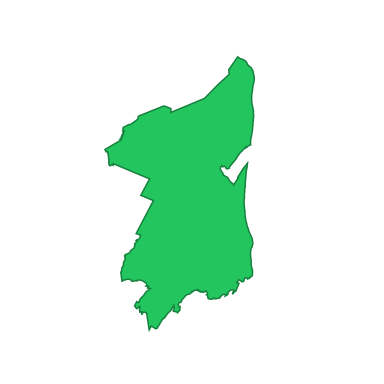 Sakas pag., Pavilostas, Latvia, rotated 123°
{"feature_id": "27541924B80625088425649", "entity_name": "Sakas pag.", "entity_type": "district", "adm_level": 2, "iso_a3": "LVA", "parent_name": "Latvia", "parent_adm1": "Pavilostas", "projection": "natural_earth1", "projection_center": [21.246, 56.856], "detail": "fine", "context": "isolated", "style": "filled", "palette": "green", "viewbox_px": 384, "rotation_deg": 123, "n_neighbors": 0, "source": "geoboundaries", "source_scale": "gbopen_adm2", "svg_char_len": 5924}
<svg xmlns="http://www.w3.org/2000/svg" viewBox="0 0 384 384"><g transform="rotate(123 192 192)"><path d="M331.0,152.8L326.6,153.1L326.4,149.9L326.6,148.1L325.2,147.0L315.4,147.4L314.3,147.3L313.3,146.7L310.7,146.3L307.7,146.4L302.5,145.2L297.0,145.5L299.4,143.5L301.4,143.2L301.9,143.0L302.1,142.7L302.1,142.2L301.7,141.5L300.9,139.4L300.9,139.0L301.2,138.4L297.8,137.8L294.5,139.6L295.3,140.5L293.8,142.2L291.6,142.5L291.1,141.8L290.8,141.3L289.5,141.1L288.4,141.7L284.5,141.1L282.6,141.0L281.2,140.5L280.9,140.2L279.3,139.2L279.0,138.4L278.9,138.4L276.8,137.9L276.3,137.9L275.9,138.0L275.9,137.8L276.1,137.5L275.6,137.4L275.2,137.2L274.6,137.2L274.6,136.9L274.2,136.8L273.9,136.5L272.2,135.8L272.1,134.9L271.9,134.6L270.9,134.3L270.7,133.9L271.5,133.2L270.9,132.6L270.4,131.8L271.3,131.6L271.0,131.0L271.3,130.7L270.9,129.9L270.7,129.8L270.6,129.3L269.7,128.9L270.1,128.5L270.0,127.9L269.4,127.4L269.0,127.4L268.7,126.9L267.8,126.9L267.3,126.2L267.6,125.8L267.6,125.3L269.1,123.7L269.7,123.5L270.1,123.7L269.8,123.0L269.8,122.9L270.3,122.8L271.0,122.0L271.4,121.7L271.6,121.4L271.9,121.3L272.1,121.0L272.2,120.7L272.3,120.6L272.5,120.3L272.3,119.9L272.5,119.6L271.3,117.2L270.1,116.1L269.7,116.2L269.2,116.0L269.0,115.2L268.9,114.0L266.5,112.0L266.1,111.1L265.2,111.2L261.4,110.5L259.3,107.6L261.0,107.4L259.6,106.6L258.2,106.2L256.4,107.0L253.1,106.2L251.4,103.8L252.6,103.0L253.5,103.1L255.1,102.7L255.1,102.2L254.7,102.1L252.4,102.1L251.8,101.8L251.5,101.2L243.0,102.9L243.8,104.9L239.9,104.8L239.9,103.0L239.6,102.7L240.1,102.0L239.8,101.7L240.1,101.3L239.6,100.5L238.9,100.1L238.3,100.0L236.0,100.9L235.2,100.6L234.6,100.1L234.5,99.9L234.7,99.3L234.6,98.6L234.8,98.1L234.7,98.0L234.0,98.3L233.6,97.1L232.8,96.8L232.6,97.0L232.0,96.8L229.5,95.8L227.6,96.7L225.3,98.3L224.8,98.4L222.8,100.8L221.5,102.2L219.7,103.5L217.7,104.7L215.9,106.1L215.7,106.4L211.9,109.4L209.6,110.6L208.0,111.3L207.1,111.6L205.6,111.7L202.4,112.7L201.7,113.1L198.1,116.3L196.8,118.5L193.5,123.5L192.0,125.1L190.1,127.7L188.7,128.9L187.2,130.7L182.8,134.7L181.3,135.9L180.6,136.2L179.6,136.9L177.6,138.7L175.6,140.2L173.6,141.9L173.0,142.2L171.5,143.3L167.5,145.3L165.6,146.7L163.3,147.8L161.5,149.0L160.2,149.6L158.8,150.0L158.4,150.2L157.1,151.2L153.5,153.3L150.8,154.6L150.2,155.0L145.5,157.6L142.4,158.9L141.7,159.0L140.6,159.7L137.5,161.2L138.0,161.3L139.4,161.2L143.2,161.8L154.5,161.7L154.5,161.0L163.4,160.9L162.9,161.6L162.7,162.3L162.8,164.1L162.3,165.8L161.9,167.1L160.8,169.2L160.5,170.0L160.4,170.8L160.6,172.4L160.6,175.4L159.7,175.9L159.4,176.5L157.8,180.2L157.1,180.9L155.5,181.5L153.9,181.6L154.0,180.7L154.2,180.1L154.1,179.8L153.0,179.2L152.7,178.6L152.8,177.7L152.9,177.3L153.7,176.2L153.6,175.5L153.3,174.8L151.7,173.7L150.7,174.1L150.4,174.2L139.8,173.0L139.2,173.3L137.9,173.3L137.3,173.1L133.8,173.1L125.1,171.4L125.8,171.0L124.7,170.4L122.5,169.8L121.1,169.0L120.5,168.4L120.0,168.9L118.7,169.8L116.6,171.0L114.5,172.0L112.6,172.6L110.1,173.8L106.8,175.1L105.2,176.2L102.7,177.3L101.4,178.2L99.1,179.3L97.8,180.1L94.8,181.6L93.9,182.2L92.7,183.2L91.8,183.9L90.3,184.7L89.5,185.8L88.2,186.8L85.2,189.9L84.1,190.7L83.2,191.5L79.1,194.2L76.1,195.7L73.6,196.7L71.5,197.9L69.1,198.9L66.3,199.8L62.9,201.6L61.1,202.9L59.9,204.3L57.7,206.4L57.3,206.9L56.1,209.2L55.7,209.6L55.5,210.3L55.2,213.6L54.7,214.9L54.1,215.9L53.3,217.5L53.1,218.5L53.1,219.7L53.0,220.0L53.5,223.1L54.0,224.6L53.7,226.3L53.9,226.7L53.8,227.3L69.3,227.8L73.1,224.9L87.0,228.5L106.7,232.5L136.7,253.0L133.5,255.1L134.3,259.3L134.6,260.7L135.4,262.7L141.6,267.0L146.6,270.6L157.7,278.3L160.6,277.2L164.0,278.4L168.4,280.2L170.4,282.1L171.7,282.7L175.3,284.8L175.4,284.7L176.2,284.5L176.5,284.3L176.9,284.2L177.1,283.6L177.4,283.5L177.4,283.4L177.5,283.3L177.8,283.3L177.5,282.9L178.1,282.5L178.3,282.5L178.1,282.2L178.5,281.9L178.8,282.2L178.8,281.9L179.4,282.1L179.4,281.9L180.2,281.8L180.3,281.7L180.2,281.5L180.6,281.5L180.9,281.7L181.1,281.6L181.2,281.4L181.4,281.6L181.6,281.5L181.8,281.7L182.3,281.3L182.5,281.5L182.7,281.4L182.7,281.2L182.9,281.3L182.8,281.5L183.4,281.6L183.2,281.5L183.7,281.3L183.9,281.3L183.9,281.2L184.3,281.1L184.0,280.9L184.4,280.8L184.8,280.9L184.6,280.7L185.0,280.6L184.9,280.5L185.8,280.4L185.8,280.1L186.7,280.3L187.0,280.5L186.9,280.2L187.2,280.1L186.8,279.9L187.1,279.8L203.8,288.2L205.1,285.8L204.0,285.1L204.5,284.5L204.5,284.4L207.6,281.5L209.4,280.1L210.3,279.3L213.7,277.0L214.8,275.6L214.2,274.5L213.2,274.4L212.3,274.0L212.1,273.4L212.7,272.8L212.7,272.6L212.3,272.6L211.1,273.3L207.7,254.5L204.1,234.7L222.7,233.1L220.2,219.8L220.2,219.7L257.3,216.2L256.3,211.6L258.6,210.7L259.0,210.9L261.3,211.0L261.6,211.8L261.9,212.2L263.2,212.5L263.4,212.4L263.5,212.2L263.0,211.7L263.8,211.5L265.1,211.4L265.6,211.7L266.6,211.8L267.4,211.4L267.4,210.9L267.6,210.7L271.0,210.2L271.8,210.4L272.9,211.0L274.2,211.4L275.2,211.5L276.3,211.3L277.8,211.6L279.3,212.8L280.0,213.1L280.6,213.7L281.0,213.4L281.4,213.5L282.0,213.9L282.4,213.7L282.9,213.0L283.4,212.8L283.5,212.2L284.4,211.6L286.4,211.2L287.8,211.2L288.7,211.0L289.0,210.4L291.2,209.7L292.4,209.5L293.8,209.5L297.0,207.9L297.7,208.1L298.7,207.6L298.8,207.4L303.7,203.2L303.6,202.8L304.9,202.3L304.6,201.7L303.8,201.7L302.9,201.0L301.8,199.9L299.7,198.1L299.0,195.4L299.0,195.2L299.6,194.0L299.1,193.1L296.4,190.1L296.5,189.6L296.2,189.4L296.0,189.6L295.7,189.5L295.1,189.1L294.4,188.2L294.2,187.5L293.6,186.0L293.4,184.8L293.4,181.4L293.5,180.8L294.7,179.2L296.0,179.4L295.0,177.9L295.7,177.6L295.1,177.0L296.7,176.8L295.7,174.3L300.6,176.1L305.3,176.3L309.6,177.2L313.8,176.5L314.1,178.7L318.8,178.1L320.0,175.0L319.9,174.8L317.8,174.0L316.4,173.7L316.3,173.4L317.5,172.8L318.7,172.3L320.0,171.5L320.2,171.1L321.2,170.2L320.1,169.5L319.6,168.3L320.6,168.5L320.8,168.3L321.0,168.0L321.8,167.8L321.7,167.3L319.5,167.6L318.3,165.7L318.1,164.4L319.0,163.7L318.7,163.3L319.2,163.2L321.8,161.0L331.0,152.8Z" fill="#22c55e" stroke="#15803d" stroke-width="1.5"/></g></svg>